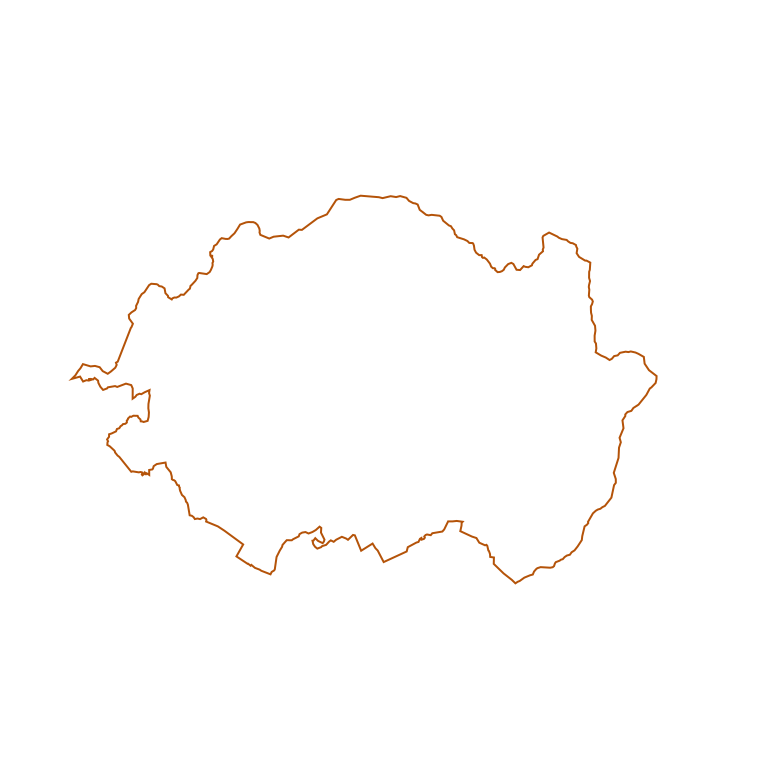 Curtea De Arges, Arges, Romania (orthographic projection), rotated 217°
{"feature_id": "2599482B76478709912239", "entity_name": "Curtea De Arges", "entity_type": "district", "adm_level": 2, "iso_a3": "ROU", "parent_name": "Romania", "parent_adm1": "Arges", "projection": "orthographic", "projection_center": [24.678, 45.135], "detail": "fine", "context": "isolated", "style": "outline", "palette": "amber", "viewbox_px": 768, "rotation_deg": 217, "n_neighbors": 0, "source": "geoboundaries", "source_scale": "gbopen_adm2", "svg_char_len": 6154}
<svg xmlns="http://www.w3.org/2000/svg" viewBox="0 0 768 768"><g transform="rotate(217 384 384)"><path d="M531.6,504.5L532.9,502.2L531.7,485.1L536.9,476.2L542.3,457.7L544.9,456.0L548.4,443.6L553.8,441.8L560.8,435.2L563.2,431.1L572.5,428.7L574.6,430.1L575.4,431.5L577.1,433.1L580.7,434.9L583.6,435.2L585.8,434.6L589.9,431.6L591.4,430.1L594.9,424.7L594.4,419.8L594.1,414.4L594.9,410.0L595.2,406.9L596.3,405.6L597.9,404.5L601.4,402.8L602.0,400.6L601.7,394.8L602.8,392.0L601.4,388.7L601.3,386.8L602.2,384.7L600.1,382.2L598.4,383.0L597.9,382.3L598.6,381.7L596.0,380.8L594.1,379.0L593.8,377.4L592.5,376.0L591.8,374.5L590.9,370.9L590.6,368.5L591.7,365.1L598.5,361.4L598.9,360.7L598.5,358.7L596.9,356.3L596.7,352.8L597.3,347.1L597.6,346.0L596.4,343.3L596.8,341.9L597.6,334.7L600.0,333.2L600.5,330.5L601.9,328.0L603.5,326.9L604.5,325.1L604.4,323.8L608.6,323.4L609.6,324.4L613.2,325.0L616.8,328.3L620.2,328.1L622.4,326.9L624.4,327.2L625.6,326.9L630.2,324.0L631.1,321.6L630.6,313.1L631.6,310.0L631.1,304.2L629.8,301.5L629.0,297.2L627.6,295.5L627.3,293.3L628.8,289.2L629.4,285.6L626.9,282.9L620.8,281.0L619.9,277.4L619.9,276.3L610.1,241.6L610.9,239.7L609.0,238.4L608.4,235.3L609.6,229.7L610.8,225.9L616.4,225.0L621.2,226.3L625.7,224.5L628.9,221.5L636.4,218.7L635.9,213.8L636.1,210.4L635.7,205.2L636.4,200.2L631.2,207.0L625.8,204.9L624.0,207.9L621.8,209.1L620.8,210.5L623.2,210.0L621.2,211.6L619.0,212.7L618.8,214.7L614.4,214.6L612.8,213.0L608.9,211.1L604.8,210.2L602.5,213.8L602.5,215.2L597.5,220.5L595.3,221.1L590.3,229.0L585.2,231.0L582.0,229.2L575.9,221.0L574.9,224.1L574.9,226.4L573.4,229.1L571.7,229.8L570.1,233.5L567.6,238.0L566.2,235.4L564.0,233.8L560.1,226.3L557.6,222.8L554.6,219.8L552.1,216.0L550.6,212.3L553.1,209.0L554.5,208.6L555.8,207.8L557.2,209.1L560.1,209.4L561.6,210.3L565.1,207.8L566.1,205.6L567.2,205.2L567.7,202.3L567.2,201.5L567.4,200.0L566.2,198.5L566.6,196.6L568.3,194.9L568.4,193.3L569.0,191.8L568.8,189.4L570.2,187.3L569.5,184.9L571.8,180.5L573.3,178.4L571.8,176.4L571.8,173.1L569.9,172.2L569.8,171.2L568.3,168.8L565.6,169.2L559.6,168.6L558.5,168.3L557.6,167.5L553.7,166.5L551.6,166.5L533.0,161.8L532.1,163.0L526.6,165.9L525.6,167.1L524.1,167.8L523.2,167.2L523.0,166.0L522.0,165.7L521.5,167.3L521.9,168.4L520.8,168.5L521.4,169.4L519.5,169.3L519.6,169.9L516.8,170.1L519.8,174.0L517.6,176.4L517.6,177.4L518.5,179.8L517.3,183.3L511.2,189.8L508.0,186.8L501.2,185.1L497.9,182.5L496.1,180.3L494.6,180.4L493.8,180.8L492.3,180.8L488.3,178.9L486.7,179.6L486.0,178.8L484.6,178.2L484.2,177.4L482.5,176.0L478.6,173.8L475.2,173.5L472.4,171.9L471.4,170.9L469.8,170.7L468.0,169.6L460.2,162.2L458.2,163.1L456.0,163.1L453.8,162.3L452.0,164.3L449.6,165.4L448.1,168.7L444.9,169.1L443.9,168.5L443.3,167.1L431.0,170.3L423.1,170.8L399.9,171.1L398.1,157.5L384.9,158.3L384.9,158.5L384.5,158.7L381.2,158.6L381.1,159.7L376.4,159.5L371.6,160.9L369.6,161.0L360.1,163.7L360.6,166.3L359.5,169.1L359.7,170.3L365.7,181.2L367.0,188.3L367.4,192.6L368.2,194.4L367.7,200.7L363.6,203.7L363.2,205.3L360.4,211.0L361.1,213.3L359.9,216.1L357.6,218.5L354.3,219.2L352.1,222.7L350.6,226.3L349.6,231.3L347.5,231.3L344.9,227.4L337.9,223.9L337.2,222.0L337.2,220.0L342.2,219.0L346.1,219.5L346.1,216.5L346.8,215.8L344.1,213.5L341.1,212.5L338.2,212.4L336.0,215.9L335.9,217.2L333.4,220.7L333.0,225.0L332.4,227.1L329.2,227.7L328.5,230.8L325.7,236.6L321.2,237.8L319.0,237.9L317.9,244.8L316.2,245.6L301.9,237.1L297.1,249.7L292.0,247.7L288.8,247.2L277.1,241.6L265.1,263.9L266.8,268.0L262.7,276.9L261.4,278.6L262.1,282.0L261.5,283.5L260.3,282.3L258.9,284.3L258.9,285.8L260.1,286.5L259.9,288.4L259.1,289.7L255.7,291.4L255.6,293.9L248.6,301.3L248.4,304.1L250.1,312.9L246.6,315.5L243.5,318.4L238.3,321.3L238.4,319.8L236.9,317.6L234.5,312.4L221.9,315.1L217.5,316.6L212.4,314.6L206.2,316.0L205.4,317.2L204.1,316.9L200.4,313.8L199.7,313.8L197.0,312.0L195.1,309.8L191.8,311.6L188.1,306.4L174.5,304.7L164.0,304.5L159.1,303.9L158.2,306.5L157.1,308.3L155.4,313.8L152.2,319.2L150.5,321.4L151.3,324.5L151.1,327.6L150.7,329.2L148.7,332.0L140.7,337.3L139.0,339.2L138.6,340.9L139.5,343.5L139.6,345.1L137.4,348.6L137.0,350.1L135.8,351.7L135.6,354.5L134.7,357.1L132.8,359.5L132.9,362.5L131.7,365.8L131.6,370.8L132.1,378.4L134.1,381.8L138.1,391.0L137.2,393.9L137.2,395.9L138.1,396.6L139.3,406.4L138.6,410.2L137.7,412.4L136.1,414.6L135.5,417.0L134.2,419.6L134.0,430.1L139.4,441.7L139.4,444.6L141.7,447.6L147.0,451.3L152.2,466.1L158.0,474.6L159.8,480.0L163.5,482.8L166.1,492.8L171.7,498.5L172.0,503.6L173.0,504.9L172.7,508.1L170.3,511.4L170.4,515.0L168.3,520.7L167.9,533.2L169.0,540.3L168.4,542.2L167.7,548.3L169.3,551.8L171.1,554.4L180.7,554.5L188.1,557.1L192.8,562.0L199.0,561.2L202.1,560.5L206.5,558.5L208.0,556.6L210.5,555.2L214.3,550.9L214.6,547.5L217.0,544.8L217.2,541.2L218.3,538.9L222.8,538.6L227.6,537.4L234.0,536.7L235.8,540.2L239.1,543.9L241.3,544.7L244.9,549.4L247.2,553.8L250.5,557.5L256.7,560.2L259.0,563.5L261.5,565.5L263.5,567.9L265.5,570.5L265.9,573.0L266.9,575.6L268.6,576.6L272.3,576.9L273.6,577.9L276.8,582.9L278.8,584.7L279.8,586.4L281.4,590.2L284.1,592.2L287.7,597.1L288.3,599.0L292.3,605.1L296.6,604.4L297.6,603.6L304.7,602.9L308.9,604.4L311.0,608.4L313.2,609.5L314.3,610.5L318.0,610.0L320.0,608.9L322.9,608.7L324.8,609.0L329.1,606.8L332.5,606.0L334.2,606.1L343.3,604.3L345.9,598.2L345.6,596.5L338.7,589.0L338.1,586.9L336.9,585.7L338.0,580.6L336.5,576.1L337.6,574.3L337.9,569.4L337.3,567.8L339.0,564.1L341.7,562.6L343.4,562.2L343.9,556.9L346.9,555.0L352.9,557.7L355.2,557.4L357.0,554.5L357.6,549.8L357.1,547.3L357.7,545.1L358.9,543.2L360.6,541.7L363.9,542.0L364.4,542.8L365.3,543.1L366.8,542.0L369.0,542.2L371.8,543.9L376.9,545.3L380.1,545.3L380.8,544.3L382.0,544.3L383.6,545.7L385.5,544.2L389.5,544.3L392.5,545.7L395.4,548.6L397.1,549.7L398.0,549.9L400.8,548.0L403.4,548.4L407.1,547.7L413.9,545.3L415.9,546.3L417.5,546.3L420.5,548.9L422.9,549.3L425.5,550.3L427.5,549.7L435.0,550.0L438.7,552.0L440.8,551.9L447.7,547.8L449.9,545.5L452.1,544.5L460.3,544.6L465.1,547.6L467.5,547.1L469.6,546.0L474.2,545.3L478.1,546.2L484.2,543.8L486.8,540.6L491.7,538.0L497.0,531.6L500.5,530.1L516.0,520.3L519.4,515.2L522.1,510.6L525.6,507.9L531.6,504.5Z" fill="none" stroke="#b45309" stroke-width="2"/></g></svg>